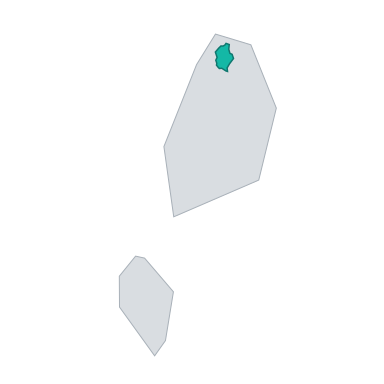 Malta, with Żejtun highlighted, rotated 247°
{"feature_id": "MLT-5961", "entity_name": "Żejtun", "entity_type": "state/province", "adm_level": 1, "iso_a3": "MLT", "parent_name": "Malta", "parent_adm1": "", "projection": "orthographic", "projection_center": [14.531, 35.854], "detail": "fine", "context": "in_parent", "style": "filled", "palette": "teal", "viewbox_px": 384, "rotation_deg": 247, "n_neighbors": 0, "source": "natural_earth", "source_scale": "10m", "svg_char_len": 709}
<svg xmlns="http://www.w3.org/2000/svg" viewBox="0 0 384 384"><g transform="rotate(247 192 192)"><path d="M328.2,275.3L304.5,303.7L236.3,302.4L176.9,258.1L176.3,165.5L244.8,183.9L307.5,246.0L328.2,275.3ZM149.7,122.5L107.4,135.9L65.6,109.5L55.8,93.6L114.4,80.3L142.9,92.2L155.0,115.0L149.7,122.5Z" fill="#d9dde1" stroke="#a8b0b8" stroke-width="1"/><path d="M313.2,283.9L309.0,281.6L304.8,281.1L303.1,282.7L298.7,282.4L295.4,276.7L292.5,272.8L289.1,271.8L290.2,270.5L292.9,268.7L294.3,267.7L295.0,265.4L296.6,264.8L299.2,264.1L300.8,265.1L304.0,265.4L306.1,267.7L311.7,268.2L314.0,272.8L315.1,275.7L314.2,277.7L314.4,279.6L315.5,281.4L313.2,283.9Z" fill="#14b8a6" stroke="#0f766e" stroke-width="1.5"/></g></svg>